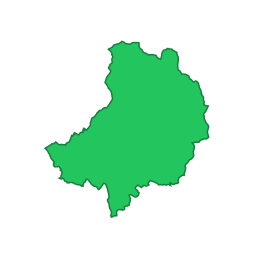 the district of Vorta, Hunedoara, Romania, rotated 52°
{"feature_id": "2599482B10924602672216", "entity_name": "Vorta", "entity_type": "district", "adm_level": 2, "iso_a3": "ROU", "parent_name": "Romania", "parent_adm1": "Hunedoara", "projection": "robinson", "projection_center": [22.662, 46.052], "detail": "fine", "context": "isolated", "style": "filled", "palette": "green", "viewbox_px": 256, "rotation_deg": 52, "n_neighbors": 0, "source": "geoboundaries", "source_scale": "gbopen_adm2", "svg_char_len": 5824}
<svg xmlns="http://www.w3.org/2000/svg" viewBox="0 0 256 256"><g transform="rotate(52 128 128)"><path d="M188.1,195.9L188.4,195.0L188.5,193.5L189.1,192.6L190.2,190.8L189.0,190.1L188.8,189.8L187.9,189.5L187.1,188.7L186.6,187.5L186.3,186.9L186.6,185.7L187.0,185.0L187.6,184.3L187.8,184.3L188.4,183.2L189.3,183.0L190.0,181.0L189.3,180.4L189.1,180.0L188.4,180.0L188.1,179.8L188.0,179.7L188.0,178.4L188.2,177.6L188.9,176.8L189.2,176.2L189.5,174.8L188.9,173.8L187.7,172.9L187.6,172.4L187.1,171.5L186.2,170.5L185.2,169.7L185.0,169.4L184.5,169.4L183.8,169.1L182.5,168.9L181.6,168.5L181.5,168.3L182.1,167.2L182.6,166.5L184.5,165.9L186.4,165.1L187.1,164.5L187.4,163.8L187.4,163.1L187.6,162.5L187.5,161.8L187.3,161.2L186.4,160.1L186.1,159.4L185.8,159.1L185.5,159.1L184.1,159.6L183.6,159.1L182.7,159.1L181.2,159.4L180.6,159.4L179.9,159.2L179.4,158.5L179.2,158.1L179.1,157.7L179.2,156.9L179.0,155.5L182.9,154.2L183.2,153.8L182.9,151.0L183.5,150.4L184.6,149.7L185.3,148.7L185.4,147.7L185.7,146.5L184.9,146.4L184.5,146.5L184.3,146.5L183.5,145.3L183.4,144.5L183.0,142.9L183.1,142.7L184.1,142.4L185.0,141.5L189.2,139.3L189.7,139.1L191.5,138.9L191.9,138.7L192.6,137.3L193.4,136.4L194.2,135.8L194.5,135.3L194.5,134.6L195.8,133.6L196.7,132.8L196.8,131.9L197.1,131.3L197.5,130.8L199.6,129.8L198.6,129.4L197.4,129.2L197.1,128.3L197.7,128.1L199.6,127.7L200.4,127.0L200.8,126.1L201.0,124.4L201.6,123.9L202.1,123.3L202.2,123.1L202.0,121.8L200.7,121.2L198.7,118.9L198.4,117.8L198.8,116.7L198.6,115.8L198.9,113.7L199.9,112.9L199.8,112.6L198.6,111.9L197.6,110.3L194.9,107.0L193.8,106.8L192.5,105.9L192.2,104.2L192.0,101.9L191.7,101.5L191.5,100.8L191.0,99.5L191.4,97.2L191.3,95.9L190.7,94.0L190.2,93.1L187.8,91.8L186.3,90.7L185.4,89.1L184.5,88.0L183.7,87.5L182.6,86.6L182.0,86.6L180.1,86.4L179.4,86.5L180.0,85.5L180.7,83.6L181.4,82.6L182.1,82.2L182.8,80.7L182.8,80.0L182.3,79.5L182.4,78.3L183.1,75.5L183.6,74.5L185.0,72.6L184.9,70.1L180.5,68.2L179.3,67.2L177.6,64.8L176.5,63.6L174.9,63.1L172.1,63.3L167.7,62.2L165.2,60.5L163.6,60.1L162.9,57.0L160.1,51.2L158.5,52.7L157.1,53.6L155.9,53.7L155.3,52.8L154.4,51.9L151.6,50.9L151.1,50.4L150.5,49.7L149.2,49.4L146.3,49.4L146.0,48.7L142.9,47.4L140.3,46.9L136.1,45.0L134.5,45.0L133.6,45.1L133.0,45.4L132.6,45.7L132.5,46.1L132.5,47.0L132.0,47.9L131.5,48.2L130.3,48.4L129.9,48.3L128.9,48.3L127.0,49.1L124.4,48.1L123.8,48.2L123.2,48.7L122.0,49.1L120.6,50.0L119.7,51.3L118.4,52.3L116.7,52.3L115.5,51.9L113.3,52.6L111.8,52.0L109.8,50.7L108.2,49.5L106.9,47.9L104.1,45.5L102.6,44.7L99.3,43.8L98.6,43.0L95.7,44.1L94.0,44.9L93.0,44.8L92.1,45.8L91.4,46.6L89.9,47.5L89.5,48.3L89.7,49.9L88.7,51.9L89.1,53.8L90.2,55.4L91.9,57.2L93.1,58.7L93.9,60.1L92.9,60.8L89.9,61.7L88.2,61.2L85.3,63.4L83.3,66.5L81.4,67.5L80.3,67.7L79.2,68.6L78.0,69.3L76.7,69.1L75.0,68.9L72.8,69.5L70.9,69.1L69.8,68.6L68.1,67.1L67.3,67.0L63.6,71.6L63.1,75.0L60.1,77.8L57.5,78.5L56.1,79.4L55.8,79.9L56.3,80.8L55.8,82.7L56.0,83.3L55.2,84.7L54.0,87.7L54.0,88.2L54.6,90.6L54.3,92.8L54.1,93.9L53.8,94.4L54.0,95.1L56.2,94.5L58.5,94.4L60.5,95.7L62.5,96.0L63.8,98.4L66.8,100.2L66.9,103.2L67.9,104.0L68.2,105.9L69.2,106.6L70.3,106.3L72.5,106.4L73.6,108.4L74.8,113.3L78.0,118.1L82.5,118.2L84.7,119.0L86.7,118.6L89.8,119.1L95.8,122.5L97.9,128.5L98.6,130.9L98.9,132.5L97.6,133.9L97.2,135.3L97.6,137.6L97.3,139.0L96.7,139.6L96.8,140.9L97.0,141.8L97.0,142.9L97.5,144.0L97.6,144.6L97.9,145.0L98.1,146.1L98.4,146.9L98.4,147.9L98.3,149.1L98.0,150.1L98.1,150.5L98.7,151.1L98.7,151.5L99.5,152.6L99.8,153.0L99.9,153.3L100.7,154.1L100.9,154.4L100.9,154.7L102.3,155.4L102.4,155.7L102.9,156.5L102.9,157.0L103.2,157.5L103.3,158.2L103.4,158.8L103.8,159.3L103.8,159.6L103.7,160.2L103.9,161.5L104.1,161.8L104.0,162.4L102.9,162.4L103.0,163.4L102.7,163.5L102.2,162.9L101.7,162.7L101.0,162.9L101.8,164.7L102.5,165.2L102.8,165.6L103.6,165.7L103.8,166.1L103.1,166.7L102.7,167.1L102.4,168.5L102.5,169.3L102.9,170.2L103.0,170.8L102.9,171.2L101.9,171.7L101.8,171.9L100.8,172.1L100.4,172.8L99.1,172.8L98.8,172.9L98.8,173.2L98.9,173.7L99.0,174.0L99.6,174.1L99.6,174.6L99.8,174.7L99.9,174.9L99.8,175.5L100.0,176.0L100.3,176.3L100.3,176.5L100.0,176.7L99.3,176.7L99.2,176.9L100.2,178.5L100.7,178.9L100.9,179.3L101.1,179.9L101.6,180.6L102.7,182.7L102.7,183.1L102.3,184.4L102.1,185.9L102.2,186.4L103.1,187.7L102.3,188.0L101.6,189.1L101.1,189.6L100.0,190.4L99.7,190.7L99.8,191.5L99.6,192.0L97.8,192.9L94.5,193.5L94.6,194.0L94.6,194.5L94.5,196.5L94.2,197.1L93.7,197.6L93.5,198.0L93.7,198.4L93.8,198.6L93.7,198.7L93.7,198.8L93.7,199.2L93.0,205.8L95.2,205.5L96.5,205.6L97.0,205.5L98.5,205.9L98.7,206.0L99.1,205.9L100.4,206.0L100.9,206.2L101.7,206.4L102.2,206.7L102.5,206.6L104.4,207.3L105.6,207.4L107.6,207.2L108.4,207.3L109.1,207.6L109.6,207.6L110.3,208.2L110.4,208.8L110.9,209.2L112.6,209.8L113.4,209.6L113.7,209.4L114.3,208.4L114.7,208.0L115.0,207.7L115.5,206.6L115.7,206.3L116.1,206.0L118.0,206.2L118.9,206.1L119.1,206.1L119.4,206.5L119.4,207.3L119.6,207.4L120.4,207.1L121.9,206.8L122.2,207.1L122.5,207.6L123.4,208.4L123.7,208.8L124.2,210.0L125.1,210.6L125.4,211.1L125.5,212.4L125.3,213.0L125.7,212.8L126.2,212.6L127.4,211.7L127.4,210.4L127.9,210.1L128.7,210.0L130.7,210.5L131.8,210.0L132.9,209.2L133.7,209.7L135.1,208.2L135.1,207.3L136.8,205.3L137.3,205.3L137.5,204.8L138.2,204.5L139.2,204.3L141.8,202.5L142.6,201.6L143.6,200.7L145.0,200.5L145.4,200.3L145.3,199.4L146.2,199.2L146.1,198.8L145.4,198.9L144.2,197.0L143.8,195.8L144.2,194.9L143.5,193.5L142.5,192.5L143.5,191.8L144.8,191.1L146.4,191.5L147.6,191.2L149.0,191.4L150.3,191.4L152.9,190.7L154.4,189.3L155.6,189.0L156.8,189.1L158.3,189.1L158.6,188.4L158.2,186.1L157.3,183.5L156.6,181.1L158.0,180.4L159.0,180.2L162.5,181.4L167.2,183.4L170.0,185.0L171.2,185.9L171.9,188.3L173.0,189.0L174.8,189.4L176.8,190.0L178.6,191.2L179.4,191.6L183.3,192.5L184.9,193.3L186.6,195.8L188.1,195.9Z" fill="#22c55e" stroke="#15803d" stroke-width="1.5"/></g></svg>